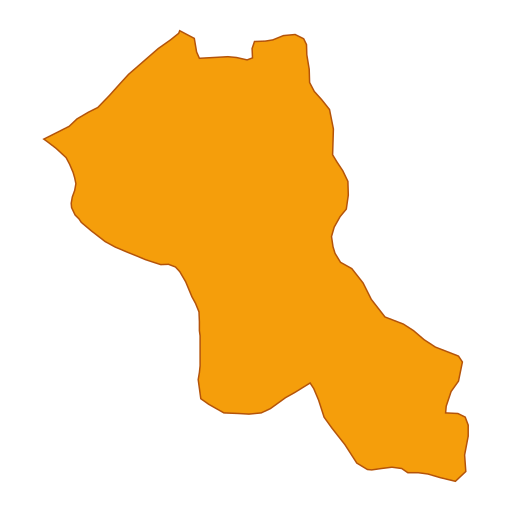 the district of Pakan, Sarawak, Malaysia
{"feature_id": "92858781B78593379458192", "entity_name": "Pakan", "entity_type": "district", "adm_level": 2, "iso_a3": "MYS", "parent_name": "Malaysia", "parent_adm1": "Sarawak", "projection": "orthographic", "projection_center": [111.704, 1.792], "detail": "fine", "context": "isolated", "style": "filled", "palette": "amber", "viewbox_px": 512, "rotation_deg": 0, "n_neighbors": 0, "source": "geoboundaries", "source_scale": "gbopen_adm2", "svg_char_len": 1656}
<svg xmlns="http://www.w3.org/2000/svg" viewBox="0 0 512 512"><path d="M356.8,463.1L367.4,469.5L371.7,469.9L381.5,468.5L391.9,467.2L401.7,468.5L407.8,472.7L418.2,472.7L427.9,474.0L440.1,477.6L455.4,481.3L458.8,478.1L465.8,471.5L464.6,455.0L468.2,436.1L468.2,425.1L465.2,417.1L457.9,413.5L445.6,412.9L446.2,406.2L451.1,391.5L458.5,381.1L462.4,362.0L458.5,356.1L435.4,347.1L424.1,339.7L413.6,330.7L403.4,324.1L385.0,317.0L371.3,299.4L363.1,283.0L351.8,268.6L340.5,262.3L335.0,253.3L333.0,246.7L331.5,236.5L334.2,227.1L340.1,216.6L346.3,209.1L348.3,195.1L347.9,181.4L342.8,170.8L336.9,161.9L332.6,154.8L333.4,129.0L329.5,109.5L321.7,99.7L314.3,91.5L309.6,82.5L309.2,69.2L306.8,54.8L306.5,44.6L303.7,38.8L302.6,38.2L295.1,34.5L283.4,35.6L272.8,39.9L265.4,41.1L254.5,41.5L252.1,48.5L252.5,57.9L247.1,59.9L236.5,57.5L227.9,56.7L199.4,58.3L196.6,52.0L194.3,38.4L179.7,30.7L178.7,33.3L170.5,39.9L158.3,48.5L128.6,74.3L120.0,83.7L109.5,95.4L97.8,107.5L88.4,112.2L77.0,118.9L69.2,126.3L43.8,139.1L46.6,141.1L55.9,148.2L66.1,157.6L69.6,164.2L73.1,172.4L74.7,177.9L75.9,183.7L74.7,190.4L72.3,197.0L71.2,203.3L71.6,207.6L75.1,215.0L79.0,218.9L81.3,222.4L91.5,231.0L105.2,241.6L115.3,247.1L127.1,252.1L136.8,256.0L145.4,259.6L154.8,262.7L160.7,264.6L168.5,264.3L175.5,267.0L179.8,271.7L185.7,281.8L191.9,296.7L195.5,303.3L199.0,311.9L199.4,321.7L199.4,330.7L200.1,335.8L200.1,365.9L199.4,372.5L198.2,379.6L200.8,398.7L208.7,404.3L223.9,412.9L238.6,413.5L249.0,414.1L261.2,412.9L270.4,408.6L285.6,397.6L295.4,392.1L303.3,387.2L310.1,383.0L313.7,388.5L318.6,400.1L324.1,417.2L332.0,428.2L344.9,444.6L356.8,463.1Z" fill="#f59e0b" stroke="#b45309" stroke-width="1.5"/></svg>